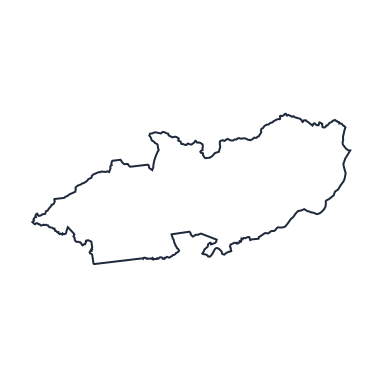 Carlos Julio Arosemena Tola, Napo, Ecuador (Mercator projection), rotated 173°
{"feature_id": "8360857B58627909026885", "entity_name": "Carlos Julio Arosemena Tola", "entity_type": "district", "adm_level": 2, "iso_a3": "ECU", "parent_name": "Ecuador", "parent_adm1": "Napo", "projection": "mercator", "projection_center": [-77.909, -1.166], "detail": "fine", "context": "isolated", "style": "outline", "palette": "slate", "viewbox_px": 384, "rotation_deg": 173, "n_neighbors": 0, "source": "geoboundaries", "source_scale": "gbopen_adm2", "svg_char_len": 6062}
<svg xmlns="http://www.w3.org/2000/svg" viewBox="0 0 384 384"><g transform="rotate(173 192 192)"><path d="M31.8,237.4L33.0,239.0L34.1,239.7L34.8,241.1L36.4,242.2L37.5,242.0L37.6,243.4L38.9,243.8L39.4,244.6L39.8,244.6L40.7,245.5L41.1,245.5L41.4,246.1L43.7,245.5L44.6,244.6L47.1,243.8L49.3,241.7L49.8,241.5L50.5,241.7L51.2,240.6L52.5,239.9L54.1,240.2L54.6,240.8L54.5,242.3L54.8,243.1L54.5,243.8L56.9,245.6L57.1,245.6L58.2,242.9L60.1,243.1L60.3,243.5L61.2,244.1L61.9,245.3L63.1,245.0L64.3,243.2L68.5,247.5L69.9,248.6L70.4,249.4L72.5,249.4L73.2,248.2L73.7,248.0L75.0,250.8L76.2,251.7L81.3,253.9L82.0,254.9L83.2,254.5L83.9,254.6L84.5,255.3L87.1,256.8L88.4,256.2L88.7,256.4L89.2,258.1L89.5,258.3L90.7,258.0L91.2,257.2L93.0,256.4L95.0,256.9L95.5,256.2L95.5,254.2L95.9,253.6L97.5,253.8L98.8,253.7L102.7,252.2L103.4,251.4L106.4,250.8L107.7,249.7L109.7,249.7L111.1,249.2L112.5,248.3L113.5,247.0L115.4,246.2L116.2,244.3L115.9,242.9L119.0,239.1L120.2,238.9L121.4,237.9L122.3,237.9L123.5,238.4L124.2,238.1L125.2,237.2L127.8,236.3L130.6,237.3L131.8,238.4L134.2,239.0L136.8,238.9L138.9,239.8L140.3,239.6L141.0,238.9L141.5,238.7L143.2,239.0L144.8,238.1L147.2,238.4L150.2,240.4L152.9,239.2L153.3,238.8L153.8,238.8L155.2,239.7L157.5,239.2L158.1,238.8L158.5,237.0L158.5,233.3L160.5,228.6L164.4,227.9L167.8,225.0L170.2,223.9L174.4,223.9L175.1,224.3L176.3,226.6L176.6,227.4L176.4,228.8L176.6,229.3L178.3,229.8L178.8,230.8L178.7,231.3L177.9,231.8L176.3,232.4L176.3,233.9L175.7,235.9L175.7,237.9L177.4,239.5L179.0,240.3L180.6,240.3L181.1,240.6L181.7,241.9L182.3,242.4L182.9,242.0L183.6,240.9L186.7,239.2L188.2,239.5L190.0,240.6L190.9,240.3L191.7,239.4L193.0,239.5L195.0,240.7L196.6,240.9L197.2,243.4L199.4,244.7L199.4,245.0L198.6,246.5L198.7,246.9L200.8,248.5L201.8,248.9L203.3,248.9L204.7,248.6L208.3,251.0L208.4,252.5L208.6,252.8L209.9,253.3L212.1,254.7L213.7,255.2L215.8,253.9L220.9,255.7L222.6,255.6L224.1,255.0L226.0,255.1L226.6,254.9L227.5,253.2L226.4,251.4L225.6,248.1L223.7,246.6L222.9,245.3L220.9,243.9L220.5,243.2L220.3,242.6L220.4,239.7L219.9,238.1L220.2,237.2L221.1,236.3L223.3,232.6L225.6,227.9L227.0,223.6L227.5,220.9L228.3,219.9L228.8,218.6L231.3,220.8L231.7,221.8L231.7,223.6L232.5,224.5L250.3,224.6L251.7,226.1L252.0,227.2L252.5,227.7L255.4,227.8L256.2,228.2L257.4,229.5L259.0,232.7L267.3,232.7L268.4,230.7L268.6,229.1L268.4,228.5L269.3,228.2L270.0,227.2L270.0,225.4L271.8,221.9L273.4,222.8L275.4,222.4L275.9,222.7L276.9,222.7L279.1,223.4L280.5,222.8L281.9,223.1L287.0,221.7L288.1,221.3L289.4,220.2L289.8,218.9L290.3,218.3L293.3,217.4L294.4,216.2L296.0,215.1L298.3,214.1L299.9,213.9L300.9,213.2L304.8,212.2L306.2,211.3L307.2,210.3L307.0,209.0L307.8,206.5L314.1,204.5L315.9,203.3L318.2,202.7L319.7,201.7L329.3,201.8L329.7,201.1L329.3,199.5L330.4,197.5L331.5,196.6L333.0,196.4L333.3,195.4L336.3,192.8L337.6,191.1L339.3,190.7L340.3,188.3L340.8,188.1L343.3,188.1L344.3,187.3L346.8,186.9L347.6,187.5L348.3,189.4L349.2,189.1L350.2,187.9L349.9,186.1L351.1,186.0L352.7,184.1L352.3,182.9L354.1,181.6L352.1,179.3L351.7,179.1L350.5,179.9L349.6,180.0L348.2,178.8L347.3,178.6L346.2,177.2L345.2,177.2L343.6,177.7L343.0,177.2L341.0,177.3L339.8,176.5L339.1,176.5L337.9,174.5L334.9,173.5L333.6,172.1L332.9,172.3L332.5,170.1L331.6,169.8L331.0,168.9L330.2,168.3L329.5,168.5L329.4,167.1L328.8,166.9L328.4,166.4L327.6,166.7L326.4,165.9L325.8,166.5L325.5,165.7L324.9,166.2L323.7,165.7L322.2,166.2L320.8,169.8L319.5,172.2L314.6,165.5L313.9,164.1L315.0,162.7L315.0,162.2L314.0,160.7L314.3,159.0L313.5,157.2L312.2,156.5L310.7,156.4L309.5,155.7L309.0,155.7L308.0,154.1L307.6,152.8L307.2,152.4L305.0,153.5L304.4,153.3L304.1,154.1L303.4,155.0L303.3,156.3L303.1,156.6L302.4,156.4L301.9,156.8L300.7,156.7L298.1,155.1L297.9,154.7L297.8,149.2L298.5,148.3L298.1,147.3L299.1,147.0L298.9,145.7L300.1,145.8L301.0,144.5L300.6,143.5L299.2,142.7L298.7,141.9L298.5,133.3L298.2,132.6L297.7,132.4L248.7,132.2L248.9,131.9L248.7,131.6L247.9,132.5L246.9,132.6L245.9,131.8L245.1,131.9L244.6,131.0L243.6,131.2L242.0,131.1L241.5,130.8L239.7,131.1L239.2,131.4L239.0,131.0L239.5,130.2L238.7,129.6L238.0,130.2L235.5,129.8L234.7,130.5L234.2,129.9L233.4,129.9L232.7,130.6L231.7,131.1L230.5,130.9L229.3,130.2L229.0,129.8L229.1,129.3L227.9,128.9L227.3,129.1L227.0,130.0L226.1,130.0L224.8,130.7L222.8,129.6L219.6,130.9L218.8,131.7L217.7,131.7L216.3,132.3L215.7,132.8L215.4,133.3L213.6,133.9L212.0,135.2L212.6,137.0L213.9,138.4L214.2,139.9L214.9,140.7L215.0,142.0L215.7,143.8L216.1,147.2L216.8,148.2L216.9,149.8L217.4,151.3L217.4,152.5L199.4,152.9L198.3,151.1L198.4,149.9L196.7,147.7L195.8,147.9L193.7,149.1L190.9,148.8L189.8,149.3L188.1,149.6L173.3,141.7L174.2,139.5L175.1,138.7L178.8,137.7L179.5,137.7L179.6,139.2L180.1,139.5L182.3,138.3L183.1,135.8L186.7,133.4L187.3,131.9L189.3,129.6L189.0,129.3L185.7,128.2L184.3,127.1L183.8,125.9L182.0,125.7L180.8,126.6L179.4,128.1L176.0,132.8L175.0,133.3L174.0,133.4L172.2,132.3L170.5,130.2L169.7,128.8L169.8,127.3L169.4,126.8L168.0,126.0L167.5,125.9L166.0,127.0L164.6,127.7L163.9,127.7L163.4,128.1L162.1,128.2L161.5,128.4L160.8,128.3L160.2,128.6L160.6,131.0L160.3,131.6L161.0,133.3L160.1,135.1L156.3,136.4L155.0,136.3L154.1,135.4L153.6,135.4L153.2,136.0L152.5,135.4L151.1,136.2L150.7,137.5L150.3,137.5L149.6,136.7L149.4,136.8L148.6,139.7L147.5,139.0L147.3,139.5L146.4,140.1L144.7,139.6L142.6,140.4L141.0,140.4L140.6,140.2L140.1,137.2L138.1,137.7L131.8,137.5L131.5,137.6L131.1,139.2L129.6,139.7L124.9,142.2L123.5,142.2L121.6,141.6L120.2,142.2L118.9,143.3L117.7,143.5L115.1,143.4L114.1,143.9L112.4,145.7L111.2,146.4L107.4,145.8L104.8,146.0L103.8,146.3L101.0,148.9L97.6,152.7L94.5,154.9L92.2,157.5L89.3,160.1L85.8,160.4L82.7,161.3L79.8,159.0L77.6,158.2L76.6,157.4L73.6,156.5L70.8,154.8L69.0,155.0L67.6,155.5L66.2,156.2L63.2,158.5L61.6,160.7L60.7,163.0L60.4,166.6L59.8,167.2L56.6,168.4L51.8,171.4L50.2,174.7L48.7,175.7L47.1,176.4L46.2,177.2L43.8,180.4L40.3,184.1L38.9,186.6L37.2,191.8L38.3,199.1L38.3,201.5L35.8,206.5L29.9,213.9L31.8,214.4L33.6,215.9L36.0,219.8L36.5,221.1L36.5,223.0L35.7,224.8L35.4,228.4L33.0,235.1L31.8,237.4Z" fill="none" stroke="#1e293b" stroke-width="2"/></g></svg>